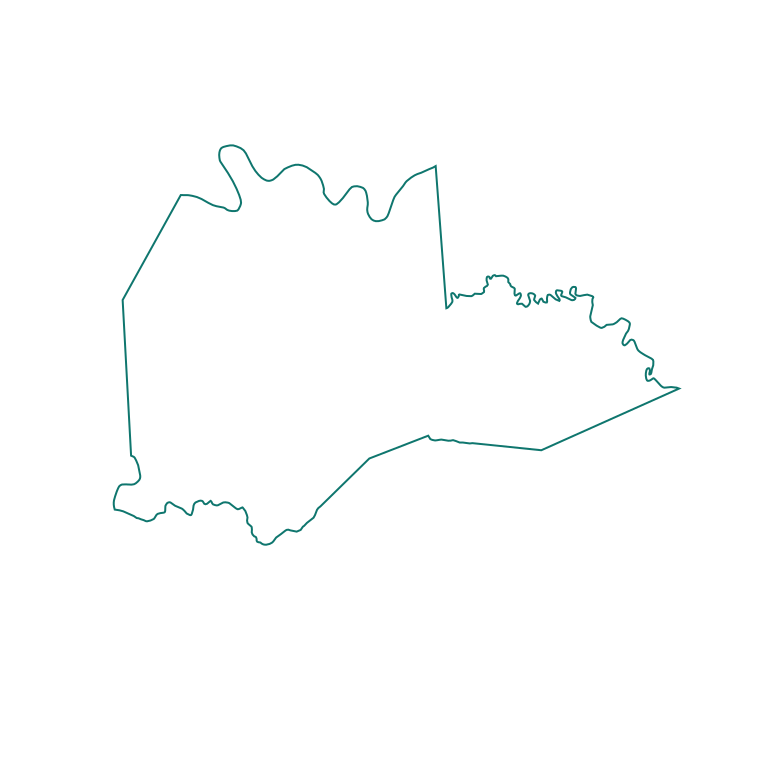 the district of Potrerillos, Cortés, Honduras, rotated 293°
{"feature_id": "27666195B96940721664513", "entity_name": "Potrerillos", "entity_type": "district", "adm_level": 2, "iso_a3": "HND", "parent_name": "Honduras", "parent_adm1": "Cortés", "projection": "mercator", "projection_center": [-87.952, 15.183], "detail": "fine", "context": "isolated", "style": "outline", "palette": "teal", "viewbox_px": 768, "rotation_deg": 293, "n_neighbors": 0, "source": "geoboundaries", "source_scale": "gbopen_adm2", "svg_char_len": 6166}
<svg xmlns="http://www.w3.org/2000/svg" viewBox="0 0 768 768"><g transform="rotate(293 384 384)"><path d="M219.2,179.2L219.2,182.0L218.8,183.2L216.8,185.7L213.2,189.4L204.6,195.3L203.1,196.0L201.6,196.3L200.1,196.2L198.0,195.5L195.6,194.3L194.1,193.1L192.7,190.9L190.7,185.5L189.1,182.1L187.9,181.0L186.3,180.2L184.1,180.0L180.7,180.0L175.4,180.4L171.5,180.9L169.4,181.5L167.3,182.4L165.3,183.6L163.2,185.2L164.4,190.0L164.9,193.7L164.7,205.3L164.0,208.7L164.5,210.6L164.5,213.1L164.8,216.0L164.7,218.3L165.0,219.5L167.1,222.4L169.8,224.8L170.7,225.1L174.6,225.7L176.0,226.4L177.7,228.5L179.5,231.5L180.1,232.1L180.8,232.3L181.9,232.1L185.8,230.6L186.8,230.4L189.3,230.8L190.3,231.4L191.0,232.2L191.4,232.9L191.5,233.8L190.3,239.3L190.3,246.6L190.0,247.9L189.2,250.0L187.7,253.0L187.5,256.4L187.6,257.0L188.2,257.7L189.4,257.8L193.8,257.3L197.7,256.2L199.7,256.2L201.3,256.8L204.1,259.4L205.0,260.8L205.3,262.2L205.1,263.1L203.5,265.4L203.6,266.7L204.6,267.9L208.3,269.8L208.7,270.1L208.2,271.2L207.0,272.5L206.4,273.7L206.5,275.7L206.9,277.5L207.5,278.5L212.1,282.3L213.1,284.1L213.8,286.7L213.9,288.1L211.7,296.2L211.5,298.0L212.1,299.2L214.7,301.5L215.1,302.0L215.0,302.3L212.9,306.0L209.7,309.1L207.8,310.5L204.8,311.3L202.8,312.6L202.2,313.7L201.0,317.5L200.6,318.1L198.4,319.3L195.8,320.2L194.1,321.8L193.1,324.0L193.1,325.5L192.9,326.1L191.7,327.2L190.0,328.0L189.3,328.9L189.3,330.2L189.8,332.2L189.3,333.7L189.2,335.6L189.5,337.0L190.0,338.3L192.1,341.2L194.2,342.9L195.8,343.6L200.5,344.7L205.6,347.8L210.3,350.4L211.6,351.3L212.5,352.8L212.7,355.1L214.0,361.3L217.1,364.3L221.0,365.1L222.2,365.9L226.0,367.3L233.4,371.4L236.4,371.7L242.0,371.5L244.1,372.0L246.5,373.3L309.7,399.6L353.7,444.9L351.4,448.2L351.4,450.3L352.0,453.1L352.9,454.7L354.7,457.5L355.3,458.7L356.9,465.3L357.8,467.3L359.3,469.5L359.6,472.6L359.7,476.5L361.0,479.7L362.8,486.2L364.1,488.5L384.5,554.7L495.1,657.4L495.0,654.9L493.4,649.5L490.2,643.6L490.0,642.5L490.1,641.3L490.6,639.5L493.6,633.0L494.5,630.8L494.6,630.0L494.4,629.6L491.5,627.7L490.7,626.9L490.0,625.7L490.1,624.7L491.4,623.3L494.0,621.7L496.3,620.8L498.9,620.2L500.3,620.2L501.3,620.6L501.9,621.4L502.0,622.2L500.1,623.7L497.5,624.1L496.7,624.4L496.5,624.6L496.6,625.0L497.5,625.7L498.7,625.7L502.2,624.9L506.5,624.5L510.1,623.1L511.3,622.2L511.9,620.3L512.5,613.1L512.9,610.5L513.4,607.6L514.1,605.3L514.8,604.0L516.0,602.7L520.7,598.2L521.6,597.0L521.8,596.1L521.6,594.6L520.7,593.5L516.2,592.0L514.7,591.2L513.7,590.5L513.5,590.0L513.6,589.1L514.5,587.8L515.7,587.2L517.9,586.9L525.0,587.1L528.2,587.9L530.3,587.9L534.7,587.1L535.7,586.7L536.5,585.9L537.1,584.2L537.5,581.2L537.6,578.6L537.3,577.0L536.3,576.1L531.8,574.1L529.4,572.4L528.3,571.3L525.4,565.8L522.8,564.5L520.8,562.6L520.5,562.0L520.4,560.8L520.8,556.9L522.2,550.6L523.6,549.3L525.6,548.0L526.9,547.4L538.2,545.4L540.3,544.0L541.5,543.4L543.6,542.7L545.5,542.8L546.0,542.4L546.2,541.1L545.7,536.2L543.9,533.3L541.6,530.0L541.1,528.1L540.9,526.6L541.3,525.5L541.9,524.9L546.9,523.5L547.8,522.8L548.0,522.2L547.5,520.6L546.9,519.8L546.3,519.4L544.2,518.9L541.1,519.4L540.0,519.9L539.3,520.7L538.1,526.5L537.6,526.7L536.9,526.7L535.6,526.0L534.8,524.8L534.5,523.8L534.8,517.5L534.3,513.2L534.6,512.6L535.0,512.3L538.0,512.2L538.5,512.1L538.9,511.7L539.0,510.6L537.9,506.7L537.5,506.3L536.8,506.1L535.4,506.4L534.3,507.2L532.4,509.6L530.7,512.4L529.8,513.0L529.0,512.9L529.0,508.9L531.0,502.6L531.0,501.7L530.6,500.8L529.9,500.0L528.8,500.0L526.6,500.5L523.5,502.0L522.7,502.0L522.1,500.8L522.0,498.6L524.2,495.9L524.2,495.6L523.6,495.0L522.6,494.5L518.2,494.4L518.8,491.8L520.0,489.4L520.6,489.1L524.3,488.7L524.9,488.0L525.3,486.8L525.4,485.4L525.1,484.1L524.6,482.9L523.6,481.9L522.3,481.9L517.5,486.1L515.6,486.5L514.2,486.5L512.3,486.0L511.1,485.3L510.4,484.3L510.5,483.6L511.8,479.7L511.0,477.9L509.9,476.5L509.7,475.8L509.9,475.1L510.4,474.8L512.7,474.8L516.0,475.5L518.0,475.6L519.1,475.4L520.2,474.7L520.7,474.0L520.4,473.2L517.0,470.9L516.8,470.4L516.9,469.8L518.2,468.8L522.4,467.3L522.9,467.0L523.3,466.1L523.5,463.1L524.1,462.0L525.3,461.1L526.4,458.6L529.0,457.5L530.0,456.2L530.4,453.9L530.3,451.4L529.6,449.7L527.0,445.0L527.5,444.0L527.3,443.0L526.1,441.9L522.9,441.4L522.6,441.2L522.5,440.2L523.5,439.6L523.8,438.5L523.5,437.6L522.6,437.0L521.3,437.2L519.4,438.0L516.0,440.8L514.3,440.4L513.4,439.5L511.4,438.5L510.4,438.7L508.8,439.8L507.6,440.1L505.0,438.5L504.5,437.5L502.6,432.3L500.0,431.0L499.3,430.4L498.9,429.9L497.3,425.6L495.9,418.5L495.4,418.1L494.2,418.5L492.9,418.4L492.3,418.3L492.0,418.0L492.0,417.4L492.3,416.7L494.1,413.9L494.5,412.8L494.6,411.8L493.9,410.9L493.4,410.7L492.3,411.1L490.2,412.4L488.0,414.2L486.4,414.8L484.3,414.5L479.8,413.1L478.9,412.6L478.1,411.8L604.8,346.4L602.4,344.6L599.4,341.6L593.0,335.7L590.3,332.7L588.1,330.7L584.6,328.3L579.6,325.6L577.8,325.0L573.6,324.2L562.9,321.1L560.4,320.6L557.0,320.6L543.0,321.6L539.9,321.6L538.1,321.2L535.8,320.2L533.9,318.2L531.9,315.5L530.7,312.9L530.4,310.5L530.8,308.1L532.2,305.5L534.3,302.9L535.7,301.7L537.7,300.5L539.6,299.8L542.7,299.0L544.9,298.1L550.5,294.8L553.2,292.8L554.6,291.5L555.8,289.6L556.3,288.0L556.2,285.2L555.6,282.0L554.2,279.2L552.8,277.5L549.8,276.2L539.1,273.5L533.7,271.6L530.8,270.0L530.1,269.0L529.7,267.7L530.0,265.5L531.1,262.4L533.2,258.2L535.4,254.8L536.7,253.6L540.1,252.5L543.1,250.3L546.7,247.1L548.3,245.2L549.6,243.2L550.6,241.3L551.5,238.3L553.4,228.2L553.3,223.7L552.4,219.6L551.2,216.9L549.0,214.0L545.8,210.8L542.9,208.3L533.5,204.6L529.0,202.2L527.6,200.9L526.4,199.4L525.8,198.1L525.4,196.4L525.5,193.6L526.0,190.7L527.6,186.6L529.8,182.4L533.0,177.7L542.3,166.8L544.3,163.4L545.1,159.8L545.1,155.4L544.7,151.9L543.5,149.1L541.4,146.0L539.5,143.6L538.5,142.7L537.1,141.9L535.0,141.7L532.9,142.0L530.4,142.8L527.9,144.1L525.7,145.5L524.7,146.6L517.2,158.0L511.6,165.6L506.1,172.0L501.3,176.9L497.6,180.1L495.0,181.6L493.8,181.9L491.7,182.1L487.8,181.8L486.3,181.2L485.1,179.5L483.8,176.5L483.1,173.8L483.0,171.7L483.7,168.7L483.7,167.3L482.2,160.3L481.8,156.6L482.1,151.5L483.0,143.8L483.0,138.7L482.3,134.0L481.4,130.2L478.5,123.1L359.2,110.6L219.2,179.2Z" fill="none" stroke="#0f766e" stroke-width="2"/></g></svg>